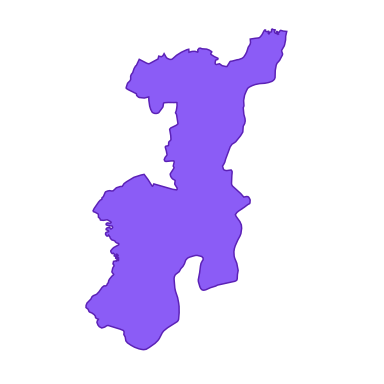 the district of Vinh Loc, Thanh Hóa, Vietnam, rotated 256°
{"feature_id": "81297802B11071874803157", "entity_name": "Vinh Loc", "entity_type": "district", "adm_level": 2, "iso_a3": "VNM", "parent_name": "Vietnam", "parent_adm1": "Thanh Hóa", "projection": "natural_earth1", "projection_center": [105.68, 20.04], "detail": "fine", "context": "isolated", "style": "filled", "palette": "violet", "viewbox_px": 384, "rotation_deg": 256, "n_neighbors": 0, "source": "geoboundaries", "source_scale": "gbopen_adm2", "svg_char_len": 6032}
<svg xmlns="http://www.w3.org/2000/svg" viewBox="0 0 384 384"><g transform="rotate(256 192 192)"><path d="M66.2,135.5L69.8,146.3L70.5,147.3L71.7,148.2L77.9,150.3L84.2,151.8L87.6,152.2L93.0,152.5L99.4,152.0L103.0,152.1L112.1,153.6L113.9,154.3L115.5,155.5L116.2,156.6L117.8,160.3L120.3,162.6L122.0,165.2L124.2,167.3L127.4,169.4L128.9,171.6L129.4,173.8L129.6,178.2L129.6,179.9L129.3,181.6L127.1,185.8L125.2,186.8L123.6,186.4L122.6,185.3L120.6,183.5L118.1,182.3L112.1,180.0L105.2,176.8L103.4,176.5L98.2,176.7L96.2,177.1L94.7,178.0L94.0,179.1L93.8,180.3L93.8,181.8L94.7,186.8L95.0,192.3L95.5,194.2L95.0,212.0L95.3,213.4L95.8,214.3L96.9,214.9L100.9,216.1L104.7,217.8L112.0,218.2L117.6,217.4L119.7,217.4L123.9,218.2L126.8,219.4L129.3,220.9L134.3,224.8L137.7,227.9L139.8,229.4L144.8,231.4L148.1,231.9L151.7,231.3L157.7,228.9L159.5,228.6L161.2,230.5L162.2,232.5L164.5,238.9L166.3,243.1L166.8,245.1L167.4,245.6L170.2,246.5L171.9,246.2L173.3,245.7L173.9,245.2L174.4,244.0L174.6,241.0L178.7,238.9L188.0,232.7L189.5,232.3L190.7,232.4L198.2,234.6L201.0,235.6L202.4,235.9L203.9,235.3L204.4,230.7L205.1,229.2L205.6,228.5L206.7,228.0L209.8,227.9L211.1,229.4L213.1,231.1L215.8,232.6L226.6,240.0L228.7,242.4L229.5,244.9L230.2,246.6L234.9,252.8L237.9,255.8L243.4,257.6L245.7,259.7L248.0,260.8L250.4,261.2L254.8,261.1L261.4,262.1L262.4,262.9L263.2,263.3L268.2,264.2L273.3,266.5L276.7,269.0L278.9,270.9L279.3,271.5L280.0,273.1L280.7,276.4L281.0,279.5L280.8,283.9L279.9,288.9L279.7,292.6L280.0,296.3L280.6,297.9L281.5,299.3L283.0,300.3L289.8,302.2L294.7,304.4L296.3,305.6L298.5,308.8L303.1,312.9L304.0,313.3L307.1,313.1L307.8,313.3L311.4,316.8L312.7,317.6L316.9,319.6L320.5,320.6L324.9,322.8L326.1,319.4L327.4,317.2L327.2,316.5L325.8,315.1L325.9,314.6L327.2,313.4L327.3,313.0L327.0,312.7L326.3,312.9L324.7,314.0L324.3,314.1L324.1,313.5L325.2,312.6L325.9,311.3L326.9,310.8L327.8,310.8L328.9,311.8L329.2,311.9L330.0,310.0L330.7,309.3L330.5,308.6L328.2,307.8L328.2,306.2L326.9,305.3L326.8,304.8L327.6,304.4L329.0,305.3L329.4,305.3L329.6,304.9L329.4,303.7L329.7,302.9L330.3,302.3L331.4,302.5L331.6,301.7L330.9,300.8L327.8,298.1L326.2,296.1L325.5,294.8L325.4,293.8L325.9,290.1L326.3,285.5L322.7,284.9L321.1,284.0L318.9,281.6L314.7,279.0L312.7,277.3L310.4,274.8L309.6,273.0L309.2,269.4L309.4,267.8L309.3,262.5L309.5,260.9L309.3,260.4L305.3,256.3L305.6,255.1L307.3,251.8L309.8,249.7L309.8,246.4L310.4,245.7L311.5,245.6L313.8,246.6L314.3,247.2L314.4,249.0L315.0,249.5L315.5,249.5L318.1,246.3L320.9,243.7L321.9,243.7L322.7,244.8L323.4,245.1L325.6,243.0L327.1,240.8L328.5,236.5L329.6,234.8L329.7,233.6L328.4,231.9L326.6,231.7L326.4,231.2L327.8,228.9L328.4,226.1L328.3,222.9L331.3,223.4L331.3,221.4L330.2,215.6L328.4,210.1L325.7,204.9L325.7,203.7L326.1,202.4L327.6,200.4L328.8,199.6L333.0,198.4L331.4,196.9L330.9,195.9L330.7,194.9L331.9,192.6L329.3,191.2L326.9,181.9L326.9,181.0L327.7,179.5L333.5,172.9L328.2,168.6L327.9,167.7L325.7,165.6L322.1,163.3L320.9,161.7L319.3,160.5L316.3,159.8L315.1,159.0L313.2,155.9L312.4,155.3L309.3,153.4L308.4,153.3L306.9,154.7L300.8,161.8L299.0,161.7L297.0,163.0L296.4,163.8L294.7,168.5L294.7,173.0L291.2,172.3L285.5,171.7L282.1,171.9L279.2,172.6L278.1,173.5L277.2,175.0L276.8,176.5L276.8,178.0L277.1,179.0L281.2,184.0L281.8,184.5L285.1,185.9L285.3,186.8L284.6,190.7L283.1,196.3L282.7,198.4L282.4,199.0L279.5,198.4L277.4,197.6L274.7,196.4L272.8,195.1L271.6,195.6L270.5,195.7L261.6,194.9L260.6,193.1L259.3,186.9L258.3,185.5L251.8,185.0L248.1,184.3L247.4,183.8L246.4,181.9L245.8,181.4L243.0,180.5L242.7,180.0L242.8,177.7L242.4,177.1L241.8,176.9L238.0,177.0L234.2,176.8L233.7,176.4L232.1,174.3L230.2,172.9L228.8,173.0L228.2,173.6L227.9,174.3L227.1,179.8L226.6,181.8L226.2,182.0L225.2,181.9L221.7,180.0L220.2,180.5L219.3,180.0L215.0,175.4L214.3,175.1L212.5,175.1L211.0,175.5L209.4,176.3L207.6,178.2L207.1,178.4L204.4,177.3L203.5,177.2L199.5,178.5L198.0,178.1L197.8,177.5L199.3,173.9L209.1,156.9L207.4,155.5L207.2,155.0L207.7,154.6L214.8,152.3L220.7,149.8L220.8,146.6L220.3,139.2L217.8,131.0L216.6,128.1L214.3,125.7L214.7,123.8L214.4,119.6L212.2,115.7L212.5,114.0L213.2,112.6L213.4,110.5L213.1,108.3L212.7,107.7L209.0,104.9L208.2,103.3L206.7,102.7L206.3,101.1L204.9,99.0L199.7,93.1L197.8,91.5L196.8,91.6L195.7,93.2L193.6,95.4L192.9,95.7L190.2,95.1L188.6,96.2L186.9,96.4L185.9,99.2L185.6,103.0L182.8,106.0L182.1,106.2L181.5,105.5L181.6,104.7L182.5,102.3L182.0,101.1L181.3,100.8L180.8,100.9L179.6,102.7L178.4,106.1L177.9,106.4L176.6,106.4L175.8,105.1L175.7,104.3L177.6,103.5L177.7,101.9L177.6,100.6L176.9,99.7L176.2,99.6L174.9,101.3L174.1,101.6L173.7,101.4L173.6,99.1L173.3,98.5L172.2,97.9L171.3,98.0L170.0,98.6L169.7,99.1L169.7,100.1L170.3,100.7L168.1,101.5L167.2,101.5L165.3,102.3L164.8,102.8L163.6,104.8L162.8,105.5L162.0,105.6L161.4,106.1L160.7,106.7L160.1,107.9L159.6,108.4L159.2,108.4L158.5,108.1L157.1,102.8L156.4,101.4L154.8,99.1L154.0,98.8L152.7,99.0L151.5,99.7L151.6,100.9L150.6,101.5L149.9,101.6L148.9,101.0L148.6,101.2L148.1,102.4L148.1,103.1L148.5,103.3L149.7,103.2L150.0,103.7L149.8,104.2L149.0,104.7L148.4,105.0L147.4,103.9L146.2,104.8L145.6,104.8L145.2,104.4L145.2,103.8L146.2,102.9L147.2,103.1L147.6,102.7L147.6,102.3L146.2,101.9L144.8,103.3L144.3,104.4L143.9,104.3L143.4,104.1L143.3,103.6L143.8,102.4L143.8,102.1L143.3,101.9L143.6,101.1L143.7,99.1L141.3,97.9L140.7,98.4L139.2,98.5L137.4,96.7L134.0,95.0L133.4,95.0L131.1,96.1L130.6,95.7L129.7,93.9L127.3,90.7L125.8,89.5L124.7,89.1L124.0,88.5L123.6,87.8L122.3,86.9L121.7,85.6L122.2,84.0L122.0,83.4L121.2,81.7L117.6,77.5L115.8,74.6L115.3,71.2L114.6,69.7L112.6,68.0L109.7,63.3L107.6,61.8L105.5,61.2L103.4,62.8L100.9,63.2L100.2,63.7L98.9,65.5L96.7,67.4L94.9,68.2L93.9,68.0L93.1,68.2L92.3,68.9L91.2,70.4L89.7,68.8L88.4,68.2L85.6,68.6L83.7,69.5L81.9,71.5L82.0,74.1L82.3,75.5L82.9,76.8L82.8,78.3L76.3,89.1L74.3,91.8L73.4,92.2L72.5,92.2L70.2,91.4L67.5,92.1L63.6,91.8L61.2,92.9L58.1,95.7L55.3,98.7L52.6,102.7L51.3,105.4L50.7,107.0L50.5,109.5L51.6,113.1L54.1,119.5L56.1,122.9L57.6,124.7L62.6,129.1L64.1,131.0L66.2,135.5Z" fill="#8b5cf6" stroke="#5b21b6" stroke-width="1.5"/></g></svg>